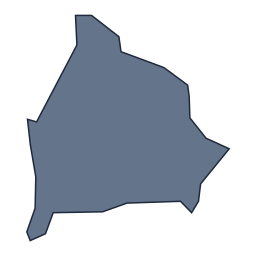 Kavajë, Tiranë, Albania (Natural Earth projection)
{"feature_id": "67620474B5524789266710", "entity_name": "Kavajë", "entity_type": "district", "adm_level": 2, "iso_a3": "ALB", "parent_name": "Albania", "parent_adm1": "Tiranë", "projection": "natural_earth1", "projection_center": [19.564, 41.139], "detail": "fine", "context": "isolated", "style": "filled", "palette": "slate", "viewbox_px": 256, "rotation_deg": 0, "n_neighbors": 0, "source": "geoboundaries", "source_scale": "gbopen_adm2", "svg_char_len": 435}
<svg xmlns="http://www.w3.org/2000/svg" viewBox="0 0 256 256"><path d="M118.9,36.7L91.5,15.4L75.5,15.4L76.9,45.0L36.6,121.9L27.5,119.3L30.3,144.6L35.8,176.9L35.1,208.3L26.8,231.9L30.2,240.6L45.5,233.7L53.2,212.7L102.6,211.8L126.9,203.1L180.5,201.3L191.6,212.7L198.5,201.3L200.6,183.9L229.2,148.8L206.0,138.2L189.9,117.9L189.2,96.7L187.7,85.2L163.9,67.6L121.0,51.7L118.9,36.7Z" fill="#64748b" stroke="#1e293b" stroke-width="1.5"/></svg>